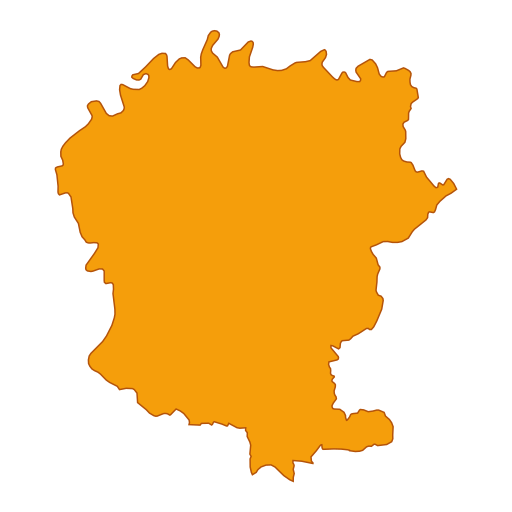 Lang Giang, Bắc Giang, Vietnam
{"feature_id": "81297802B94506734482800", "entity_name": "Lang Giang", "entity_type": "district", "adm_level": 2, "iso_a3": "VNM", "parent_name": "Vietnam", "parent_adm1": "Bắc Giang", "projection": "mercator", "projection_center": [106.283, 21.368], "detail": "fine", "context": "isolated", "style": "filled", "palette": "amber", "viewbox_px": 512, "rotation_deg": 0, "n_neighbors": 0, "source": "geoboundaries", "source_scale": "gbopen_adm2", "svg_char_len": 5913}
<svg xmlns="http://www.w3.org/2000/svg" viewBox="0 0 512 512"><path d="M252.4,474.7L256.2,472.4L257.9,469.6L261.1,466.9L266.0,465.1L271.1,464.9L275.0,467.0L283.8,475.6L289.8,479.8L293.2,481.3L293.3,477.2L294.2,473.6L293.2,469.3L294.1,465.8L293.8,464.4L292.9,462.8L293.0,460.5L301.7,461.2L312.9,463.5L313.0,463.0L311.4,461.1L311.0,456.9L316.2,450.9L320.3,445.4L321.1,444.8L321.8,444.7L322.1,447.8L322.7,449.1L323.7,449.3L333.8,448.9L341.5,449.1L347.8,449.8L349.6,450.3L349.6,450.7L355.4,451.5L359.7,451.2L362.7,450.3L366.6,446.8L368.8,446.1L371.4,446.3L374.1,444.2L375.0,444.2L377.6,445.6L386.7,444.5L391.7,441.7L392.8,438.8L392.7,435.1L393.1,426.7L391.6,422.7L389.4,419.5L385.5,416.1L384.1,412.4L378.7,410.1L376.6,410.1L372.8,411.1L368.2,411.7L363.7,409.9L360.3,409.5L359.5,410.1L357.6,413.1L353.1,413.6L351.4,414.0L350.6,414.7L349.6,417.0L347.3,420.0L346.5,420.3L345.6,417.6L345.5,415.5L344.0,412.3L339.8,409.3L334.1,409.0L332.8,408.5L332.1,406.9L332.0,405.7L333.2,403.2L336.4,398.8L336.0,396.7L335.0,395.3L334.3,393.5L334.1,390.9L335.3,386.9L335.4,384.8L334.6,383.5L332.1,381.5L331.9,380.5L332.3,379.2L334.3,376.9L334.1,376.1L332.2,375.5L331.0,374.6L330.5,373.2L330.7,370.7L330.5,368.5L329.5,367.2L328.6,364.5L328.9,361.9L337.1,359.9L338.3,359.0L338.5,357.5L338.2,356.5L331.1,348.0L330.9,347.3L331.0,345.5L332.7,345.8L338.6,348.9L340.0,347.6L340.4,343.3L341.2,341.7L342.2,340.7L348.9,340.1L350.7,338.7L352.9,336.2L358.2,333.8L366.4,328.5L368.3,328.4L369.5,329.5L371.4,329.5L373.7,326.9L376.8,320.9L381.7,309.2L383.2,300.5L382.9,298.5L381.1,296.2L378.3,295.2L376.5,292.0L376.0,290.3L376.9,282.1L377.1,276.6L377.7,274.0L379.9,268.9L379.9,267.1L378.1,264.8L376.3,258.1L373.1,254.4L371.5,251.6L370.4,248.8L370.6,247.3L371.4,246.7L376.3,244.9L383.2,241.6L387.7,241.5L392.6,242.4L397.5,242.4L401.9,241.6L408.3,238.1L412.3,231.7L414.4,229.2L426.0,219.9L427.6,217.6L427.8,214.2L428.5,212.5L429.2,211.9L429.8,211.9L433.3,212.6L434.5,211.9L435.5,209.7L436.8,205.0L439.8,201.4L446.0,195.9L451.1,193.2L456.6,189.2L453.7,183.5L450.2,179.3L448.5,178.6L447.1,179.3L443.7,184.8L442.6,184.9L440.2,183.2L439.1,182.9L438.4,183.7L437.8,187.0L436.8,187.6L435.8,187.6L433.8,185.8L426.5,177.1L423.6,171.2L421.9,170.9L417.4,172.2L416.1,171.8L415.1,170.7L412.9,165.1L411.2,162.6L410.3,162.2L406.9,162.0L403.6,161.0L401.8,159.7L400.6,157.4L399.7,153.9L399.8,148.9L401.1,146.3L404.9,142.3L405.8,138.7L405.7,131.6L405.3,130.2L403.1,126.5L402.9,124.0L404.1,122.2L407.7,120.4L408.5,119.4L408.6,113.0L409.2,111.3L411.1,108.5L410.5,106.6L411.1,103.7L412.5,102.2L417.7,98.6L418.3,97.6L416.9,89.1L416.1,88.2L413.9,87.7L411.8,86.6L410.5,84.8L410.0,82.2L409.9,79.2L410.9,75.3L411.0,73.5L410.1,71.7L408.6,70.4L405.2,68.5L403.5,67.9L396.4,70.8L387.9,71.4L386.6,72.4L384.4,76.7L383.8,77.0L382.3,76.9L381.0,76.3L379.2,74.0L377.5,67.7L375.6,63.8L372.2,60.0L369.9,59.4L358.1,66.2L356.1,68.3L355.8,70.2L356.1,72.1L360.7,78.8L360.6,80.2L359.7,81.6L356.9,81.6L350.3,80.0L348.0,77.5L345.7,72.9L344.9,72.2L343.9,72.0L342.7,72.2L341.9,73.1L338.5,79.4L337.5,79.9L336.3,79.9L334.5,78.8L332.3,76.8L323.4,67.3L322.2,65.6L321.9,64.0L322.3,62.1L325.5,57.6L326.5,54.4L326.1,51.4L325.2,50.1L324.4,49.7L320.7,51.4L310.2,60.6L305.5,61.7L296.6,62.4L295.1,62.9L290.2,65.9L286.4,68.8L281.6,70.4L277.6,70.6L273.0,69.9L262.7,66.5L253.9,67.1L251.6,66.9L250.4,66.5L249.4,65.3L249.0,62.5L249.4,56.9L252.7,47.3L253.3,44.1L253.1,42.5L252.2,41.4L251.0,41.0L248.2,42.0L240.5,50.0L232.7,51.8L230.5,53.6L229.6,55.2L227.4,66.5L225.8,68.2L224.6,68.2L223.0,67.0L217.3,57.1L212.6,53.1L211.3,50.8L211.2,48.7L212.0,46.7L212.8,45.2L218.0,39.1L219.1,36.5L219.4,34.5L218.9,32.8L216.9,31.1L214.4,30.7L212.2,31.2L210.7,32.2L208.3,35.6L207.3,39.6L202.8,49.7L201.3,53.9L200.7,57.2L200.9,65.3L200.1,67.5L199.4,67.9L197.3,68.0L195.1,66.8L188.2,59.9L185.2,57.8L181.7,57.9L179.3,58.9L175.5,62.5L171.8,68.2L170.9,69.1L169.7,69.5L168.9,69.2L168.3,68.3L167.6,66.0L167.0,56.4L166.6,55.0L165.5,53.5L162.0,53.3L158.8,54.4L153.6,58.5L145.6,66.9L138.5,73.5L132.8,74.8L131.9,76.1L131.8,77.2L133.2,78.5L136.5,79.9L139.0,80.0L140.7,79.2L143.4,74.6L146.0,73.6L148.1,74.5L148.8,75.7L148.9,77.6L147.7,81.6L144.8,85.7L141.8,88.2L139.2,89.5L133.2,89.3L130.3,88.6L122.7,84.6L121.1,84.4L120.0,85.6L119.6,89.7L120.5,95.1L124.3,107.1L124.1,108.8L123.4,110.5L120.9,112.9L117.5,113.8L112.5,116.1L109.1,115.7L106.3,113.4L100.6,103.3L99.0,101.5L96.5,100.9L91.3,101.7L88.5,104.0L87.5,105.6L87.5,106.8L87.9,108.1L92.0,115.5L92.2,116.7L91.6,119.2L88.3,123.9L85.3,126.8L79.5,130.7L70.1,138.0L65.5,142.8L62.9,146.2L61.3,149.3L60.8,151.9L60.9,156.3L62.7,160.2L63.3,163.7L63.2,164.9L62.1,165.9L57.5,166.9L56.0,167.6L55.5,168.1L55.4,169.6L56.9,174.7L58.1,186.2L58.0,192.1L58.4,193.7L59.5,194.9L65.4,192.9L67.4,192.8L68.5,193.4L71.0,197.0L72.8,208.6L73.0,212.8L74.3,217.0L78.4,223.4L80.2,232.3L82.1,236.8L84.8,239.8L86.3,242.2L88.2,242.9L90.2,243.0L93.7,242.6L97.0,242.8L98.3,244.0L98.0,247.7L94.4,253.5L86.1,265.1L85.7,268.1L86.0,269.7L87.4,270.9L90.9,271.5L93.0,271.1L99.2,268.9L102.5,269.0L104.2,271.0L104.2,280.6L104.4,282.3L105.9,283.6L110.5,282.7L112.0,282.9L113.3,284.5L113.5,289.2L113.0,293.6L114.9,309.2L115.0,314.2L114.3,317.9L111.9,325.4L106.5,336.0L102.6,341.6L90.9,353.4L89.2,356.0L88.4,359.9L88.6,363.6L89.9,366.3L91.9,368.9L94.5,370.6L98.0,372.2L100.5,374.1L106.2,380.0L109.6,382.4L117.3,386.3L119.5,389.6L126.2,388.3L132.5,388.6L134.3,389.6L137.0,393.1L137.6,402.6L146.3,409.7L149.5,413.1L153.9,415.7L155.7,416.2L157.2,416.1L163.2,413.7L164.9,413.4L167.3,413.7L169.8,415.1L170.5,414.8L176.1,409.0L180.2,410.9L183.8,413.5L189.1,420.0L189.5,422.5L189.0,424.6L200.1,425.1L201.4,423.4L208.7,423.2L211.6,425.0L212.4,424.4L213.3,422.5L214.2,421.7L222.0,424.1L226.5,426.0L227.5,425.9L228.8,423.3L237.0,427.7L239.8,428.2L245.7,427.8L245.6,430.5L247.3,432.7L247.2,436.5L249.9,442.1L250.7,445.2L249.9,454.1L251.1,456.4L250.1,458.9L250.2,467.0L251.3,472.2L252.4,474.7Z" fill="#f59e0b" stroke="#b45309" stroke-width="1.5"/></svg>